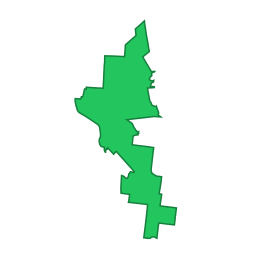 outline of Budesti, Giurgiu, Romania, rotated 95°
{"feature_id": "2599482B32121739895306", "entity_name": "Budesti", "entity_type": "district", "adm_level": 2, "iso_a3": "ROU", "parent_name": "Romania", "parent_adm1": "Giurgiu", "projection": "natural_earth1", "projection_center": [26.452, 44.251], "detail": "fine", "context": "isolated", "style": "filled", "palette": "green", "viewbox_px": 256, "rotation_deg": 95, "n_neighbors": 0, "source": "geoboundaries", "source_scale": "gbopen_adm2", "svg_char_len": 5473}
<svg xmlns="http://www.w3.org/2000/svg" viewBox="0 0 256 256"><g transform="rotate(95 128 128)"><path d="M148.7,153.3L149.4,149.9L152.0,149.7L153.7,148.9L154.1,148.3L154.1,148.2L152.8,148.2L152.3,148.2L151.8,148.1L150.7,147.8L150.9,147.3L150.4,147.1L150.7,146.7L150.1,146.4L149.9,146.3L149.7,146.2L152.3,143.4L154.0,141.5L155.4,140.0L154.1,139.0L153.7,138.8L152.3,137.7L154.0,135.9L155.9,133.9L157.7,132.0L159.6,129.9L160.5,129.0L162.8,126.6L164.3,125.0L166.7,122.4L170.1,118.8L170.7,118.3L171.0,118.1L171.3,118.0L172.0,119.0L171.8,119.2L171.7,119.4L171.4,120.7L171.3,121.4L171.4,121.7L171.5,121.9L171.7,122.1L171.8,122.2L173.0,122.6L173.4,122.9L173.7,123.2L174.1,123.3L174.7,123.3L175.5,123.3L176.0,123.4L177.3,123.9L177.8,124.1L178.0,124.3L178.1,124.5L178.3,125.0L178.2,125.4L178.1,125.6L178.1,125.8L178.0,126.1L177.7,126.6L177.0,127.2L176.7,127.6L176.5,127.9L176.4,128.2L176.1,129.4L176.0,129.9L175.9,130.3L184.0,130.0L188.1,129.9L188.6,129.8L193.5,129.3L193.6,128.5L193.7,126.5L194.0,120.6L198.4,120.8L201.2,120.9L201.6,121.0L201.9,121.2L202.1,120.9L202.0,120.6L202.0,120.1L202.1,116.5L202.3,108.7L202.5,102.1L202.7,101.8L203.0,101.8L203.3,101.8L211.4,101.9L215.4,102.0L219.5,102.1L227.9,102.4L233.1,102.6L236.0,102.7L236.1,100.1L236.1,99.9L236.2,99.6L236.2,98.7L236.1,97.8L236.1,97.5L236.1,97.3L236.0,97.1L235.8,96.4L235.8,96.2L235.7,96.1L234.6,95.0L234.5,94.9L234.4,94.8L234.4,94.7L234.4,94.2L234.4,93.7L234.2,92.1L234.5,91.4L234.7,91.0L235.2,90.3L235.3,90.0L235.4,89.6L233.3,89.6L232.3,89.5L230.1,89.5L228.8,89.4L226.8,89.4L225.1,89.3L223.8,89.3L222.7,89.2L220.6,89.1L220.1,89.1L220.0,88.4L220.0,88.0L220.1,86.9L220.1,85.7L220.3,80.1L220.3,79.1L220.3,78.1L220.4,77.5L220.4,75.7L220.5,74.6L220.5,73.4L219.9,73.3L216.1,73.2L213.2,73.1L212.3,73.4L212.1,73.4L211.6,73.3L211.2,73.1L209.1,73.0L206.2,72.9L203.4,72.8L203.2,77.5L203.0,83.9L202.9,86.8L202.7,89.3L198.4,89.1L197.1,89.0L196.7,89.0L196.3,89.0L195.7,88.9L195.1,88.9L194.0,88.8L193.0,88.8L191.2,88.6L191.0,88.8L190.9,89.3L190.9,91.0L190.7,91.3L189.4,91.2L187.1,91.0L184.9,90.8L183.1,90.7L182.1,90.6L179.2,90.4L175.1,90.3L173.6,90.3L173.5,93.1L173.5,94.4L173.4,95.1L173.2,96.0L172.9,96.6L172.5,97.4L171.5,99.3L170.9,100.4L170.7,100.4L170.1,100.5L169.8,100.7L169.4,100.8L168.9,101.1L168.4,101.3L168.2,101.3L164.8,101.3L161.5,101.2L150.8,100.9L148.1,100.8L145.4,100.7L145.2,100.7L145.2,102.0L145.1,103.0L145.1,103.8L145.0,104.9L144.9,105.9L144.9,106.5L144.9,107.9L144.8,109.0L144.8,109.6L144.7,111.5L144.7,112.4L144.7,112.8L144.7,113.8L144.6,115.6L144.6,116.2L144.6,116.8L144.5,117.5L144.5,118.1L144.4,121.1L144.4,121.7L144.3,122.1L144.3,122.4L135.5,122.2L135.0,121.1L134.8,120.9L134.5,120.1L134.3,119.4L134.0,117.5L132.7,118.1L132.6,117.9L132.4,116.9L131.6,117.1L131.3,117.1L130.7,117.1L130.9,117.4L130.9,117.6L130.8,118.1L130.6,118.7L130.3,119.2L129.5,120.0L127.9,121.2L126.4,122.4L124.3,123.5L123.3,124.0L123.2,124.1L119.8,129.9L116.2,112.3L114.3,103.1L114.1,96.3L112.4,99.0L112.1,99.2L111.7,99.1L111.4,99.0L110.9,98.8L110.7,98.7L110.3,98.8L109.3,99.1L108.0,99.8L103.7,101.7L104.2,102.1L104.3,102.3L104.0,103.5L103.2,106.0L102.5,106.5L102.0,106.7L100.7,107.3L100.4,107.5L100.2,107.7L100.1,107.9L100.0,108.1L99.9,108.3L99.7,108.4L99.1,108.6L97.0,109.2L92.1,110.6L86.5,112.1L85.5,105.5L85.0,105.3L84.7,105.3L84.5,105.5L84.5,106.0L84.7,106.7L84.5,107.4L84.7,108.1L85.0,108.6L85.0,109.1L84.8,109.3L84.1,109.2L82.7,108.9L81.6,108.7L81.2,108.5L80.8,108.1L80.5,107.7L80.3,107.0L80.1,106.7L79.5,106.5L78.3,106.5L78.7,107.3L78.9,108.1L78.8,109.0L78.5,110.1L78.4,110.3L78.0,110.5L77.5,110.8L77.3,110.9L76.9,110.9L76.7,110.9L75.8,110.5L75.4,110.3L74.4,109.5L74.2,109.2L73.9,108.9L73.7,108.8L73.4,108.8L73.2,108.9L72.9,109.1L72.7,109.1L72.3,109.1L72.0,109.2L71.4,109.3L70.8,108.6L70.7,108.5L70.5,108.4L70.4,108.3L70.3,108.2L70.3,107.9L70.2,107.6L70.0,107.0L69.8,106.7L69.6,106.5L69.5,106.4L69.4,106.2L69.2,106.3L69.4,107.3L69.7,109.0L69.6,109.7L68.2,110.7L66.7,111.8L65.8,112.5L64.3,113.5L63.2,114.3L62.6,114.8L61.2,115.8L58.3,117.8L57.6,118.3L56.6,119.0L55.9,119.5L50.0,113.5L49.6,113.5L48.4,113.9L42.6,115.4L41.3,115.7L36.7,117.0L33.7,117.8L31.2,118.4L29.5,118.8L26.8,119.4L24.5,120.0L23.1,120.4L22.2,120.6L21.9,120.6L20.9,120.8L20.1,120.9L19.8,121.0L21.5,122.5L23.9,124.7L25.4,126.1L27.2,127.8L28.7,129.3L29.5,129.2L31.8,128.7L33.1,128.5L35.1,128.1L36.4,129.2L39.3,132.0L40.1,132.8L42.8,135.4L44.4,136.8L45.3,137.8L46.3,137.8L52.6,137.7L55.8,137.7L56.4,137.7L56.7,137.7L57.2,137.7L57.2,137.8L57.2,139.2L57.3,140.3L57.4,144.1L57.4,144.5L57.5,144.9L57.5,146.0L57.5,146.7L57.6,148.4L57.9,154.0L58.0,154.8L58.1,157.0L58.1,157.4L60.5,157.3L61.2,157.3L62.5,157.1L64.1,157.1L64.8,157.0L65.0,157.0L65.3,157.0L65.5,157.1L66.6,157.1L67.7,157.1L68.2,157.1L70.6,157.0L72.6,156.9L73.5,156.9L74.6,156.8L76.5,156.8L77.2,156.7L80.0,156.6L81.8,156.5L82.6,156.5L85.3,156.4L86.9,156.4L88.3,156.3L89.9,156.2L90.5,156.2L90.5,156.8L90.6,157.6L90.6,157.9L90.6,158.4L90.8,161.6L91.0,171.5L91.0,173.1L93.0,173.0L93.0,173.6L92.9,174.4L92.9,174.6L93.6,174.8L94.8,174.9L95.4,175.0L96.1,175.1L97.5,175.3L98.3,175.4L100.6,175.7L100.9,175.8L100.9,177.2L103.2,177.6L103.3,183.1L104.2,183.2L105.3,183.1L107.5,182.6L110.6,181.6L112.0,181.0L115.1,179.8L116.8,178.1L118.5,174.6L120.6,170.2L123.9,164.2L125.9,160.7L126.5,159.6L127.1,158.6L127.8,157.7L129.0,156.8L130.0,156.3L135.2,155.1L137.1,154.8L139.0,154.6L140.1,155.1L141.4,155.5L142.6,155.6L144.1,155.5L146.0,155.0L146.9,154.6L148.7,153.3Z" fill="#22c55e" stroke="#15803d" stroke-width="1.5"/></g></svg>